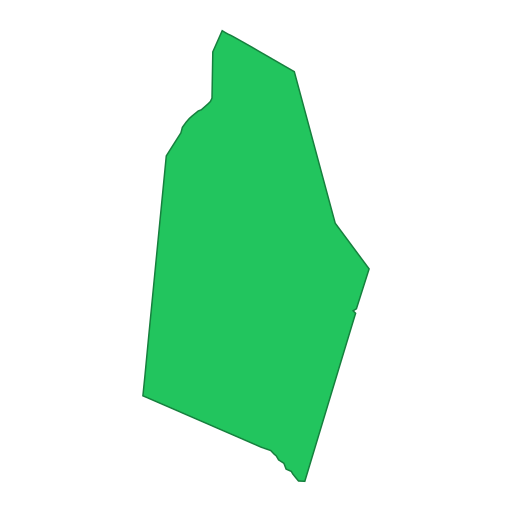 Pedro Avelino, Rio Grande do Norte, Brazil
{"feature_id": "56859067B85283372210040", "entity_name": "Pedro Avelino", "entity_type": "district", "adm_level": 2, "iso_a3": "BRA", "parent_name": "Brazil", "parent_adm1": "Rio Grande do Norte", "projection": "equal_earth", "projection_center": [-36.335, -5.465], "detail": "fine", "context": "isolated", "style": "filled", "palette": "green", "viewbox_px": 512, "rotation_deg": 0, "n_neighbors": 0, "source": "geoboundaries", "source_scale": "gbopen_adm2", "svg_char_len": 721}
<svg xmlns="http://www.w3.org/2000/svg" viewBox="0 0 512 512"><path d="M142.9,395.8L253.4,443.8L261.4,447.3L270.7,450.5L274.2,454.2L276.2,455.8L278.6,459.9L283.9,463.3L286.1,469.1L291.3,471.4L292.8,474.0L295.6,477.5L298.5,481.0L304.8,481.3L330.0,397.8L340.3,363.7L352.7,322.8L355.6,313.3L353.1,310.8L356.4,308.8L369.1,268.9L335.2,223.2L321.1,171.1L294.3,71.7L257.9,50.7L254.2,48.5L238.5,39.6L233.5,36.8L230.7,35.3L228.2,34.2L225.0,32.4L222.2,30.7L212.8,51.9L212.0,98.2L210.4,101.5L208.1,103.8L201.3,109.8L198.2,111.0L195.4,113.3L192.2,115.9L189.4,118.4L186.1,122.2L182.4,127.3L180.9,132.9L171.9,147.0L166.3,155.9L154.3,278.9L148.5,338.5L144.9,376.2L142.9,395.8Z" fill="#22c55e" stroke="#15803d" stroke-width="1.5"/></svg>